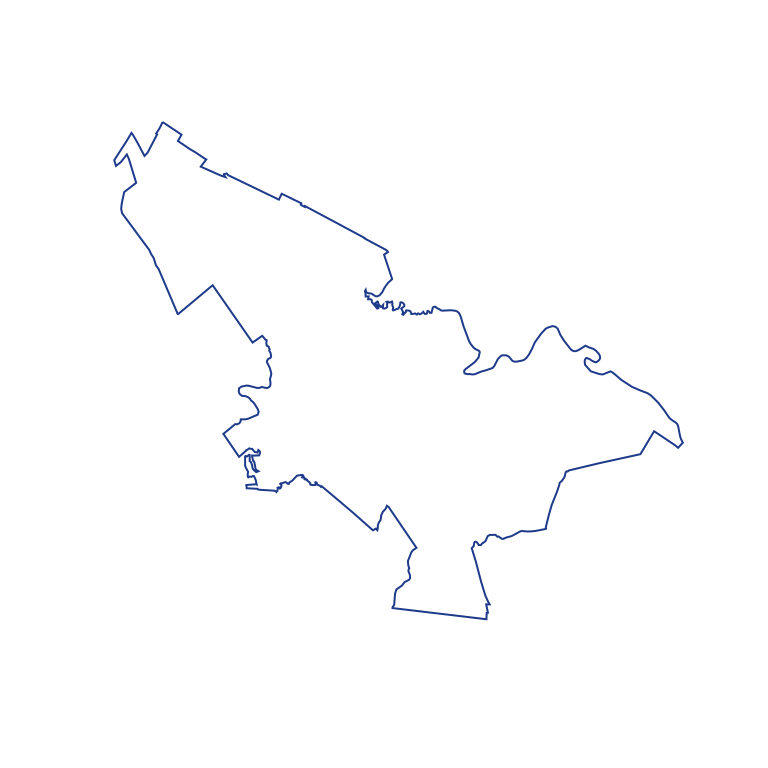 Ghimpati, Giurgiu, Romania, rotated 280°
{"feature_id": "2599482B55466329645382", "entity_name": "Ghimpati", "entity_type": "district", "adm_level": 2, "iso_a3": "ROU", "parent_name": "Romania", "parent_adm1": "Giurgiu", "projection": "natural_earth1", "projection_center": [25.769, 44.173], "detail": "fine", "context": "isolated", "style": "outline", "palette": "blue", "viewbox_px": 768, "rotation_deg": 280, "n_neighbors": 0, "source": "geoboundaries", "source_scale": "gbopen_adm2", "svg_char_len": 6153}
<svg xmlns="http://www.w3.org/2000/svg" viewBox="0 0 768 768"><g transform="rotate(280 384 384)"><path d="M466.6,533.7L460.9,530.0L451.2,525.3L444.5,523.7L438.3,521.7L434.5,519.8L432.6,518.3L431.4,516.7L430.0,513.2L428.9,510.2L428.7,507.9L429.2,506.3L432.3,502.7L433.2,500.8L433.4,499.0L432.8,495.6L432.4,494.8L431.1,493.7L428.3,491.8L420.6,489.4L418.6,488.1L415.4,482.4L413.2,477.7L409.5,471.9L408.7,469.3L408.7,466.6L408.2,464.7L408.3,462.6L408.6,461.5L409.3,461.0L411.2,460.7L412.8,461.7L420.7,469.0L422.6,470.3L426.4,472.5L432.0,472.8L432.8,472.3L433.4,471.1L434.3,467.9L435.6,465.6L438.6,462.3L440.9,460.4L454.3,452.5L463.8,447.8L466.7,445.7L468.1,443.7L468.5,441.6L468.3,437.3L466.3,428.5L466.5,427.0L467.1,426.0L468.1,422.4L468.9,421.6L469.0,420.9L468.5,419.4L467.7,418.8L462.3,418.4L462.1,416.7L463.2,415.8L463.6,414.6L463.3,414.1L460.8,414.0L460.4,413.6L460.2,411.8L461.9,410.1L460.0,408.8L458.9,407.3L459.5,405.3L458.1,404.2L458.9,402.3L458.3,401.2L457.7,398.7L459.5,397.9L460.4,396.9L460.6,395.9L460.4,393.4L460.2,392.9L458.4,393.0L457.5,392.0L455.5,391.0L455.9,389.9L458.2,390.3L461.3,387.9L464.0,390.4L465.4,390.3L466.7,389.2L467.5,387.4L467.4,386.4L467.0,385.9L465.7,386.1L463.3,385.9L460.9,385.1L460.4,384.6L460.3,383.7L458.7,381.6L458.1,380.3L458.1,380.0L458.6,379.7L461.1,379.8L463.0,378.5L465.4,378.2L466.6,377.5L465.3,375.9L465.3,374.8L465.8,373.5L465.3,372.2L464.0,373.3L463.0,373.2L460.4,373.8L459.4,373.1L458.4,371.4L458.3,370.5L458.3,370.0L458.7,369.6L461.7,369.4L459.5,368.0L459.4,367.3L462.0,364.5L463.9,363.7L464.1,363.1L462.0,361.3L458.8,365.1L457.7,365.3L457.1,364.2L462.5,357.9L464.8,357.1L465.1,356.2L464.7,353.6L467.6,353.7L467.0,350.7L470.2,350.1L472.2,349.1L473.5,349.6L471.7,350.2L471.2,350.8L470.7,352.8L470.8,356.1L469.0,360.3L469.1,361.9L470.5,364.2L474.0,366.3L478.6,367.7L484.0,370.2L488.7,373.8L511.4,361.6L514.7,365.0L515.4,364.4L516.4,362.7L523.1,342.3L524.1,339.4L524.5,339.4L545.5,275.3L544.6,275.3L545.7,271.9L546.1,270.9L547.6,271.2L553.6,250.2L547.3,248.5L562.6,194.2L564.0,192.6L562.8,189.9L561.8,190.3L560.2,191.9L560.9,187.3L566.2,165.8L574.3,170.0L575.0,167.9L579.3,158.3L581.5,152.3L587.5,138.9L594.4,141.3L603.2,121.2L602.8,120.3L597.2,118.7L591.0,116.1L590.3,117.2L570.7,111.0L567.0,108.5L579.1,99.1L586.1,93.2L587.4,91.7L578.0,88.1L557.6,79.5L552.2,82.2L556.8,86.3L565.4,90.9L561.3,93.7L539.1,105.0L527.9,94.8L516.2,94.4L511.1,94.7L506.8,96.3L475.2,129.6L471.4,132.2L468.1,135.3L461.3,138.8L458.1,142.1L417.1,168.7L417.3,169.3L451.5,198.1L402.0,247.4L410.3,255.7L407.0,259.6L406.8,260.8L403.3,261.1L401.3,261.9L401.2,262.9L400.6,264.0L400.0,264.1L398.3,265.4L397.0,265.1L394.9,266.9L391.2,268.1L389.9,267.5L388.6,265.6L386.3,264.7L385.2,264.9L380.1,268.7L375.3,271.0L373.7,271.3L368.8,270.9L365.5,272.0L362.5,272.3L361.1,271.5L359.8,269.7L359.6,267.6L359.9,264.3L358.9,262.7L358.2,260.8L358.1,259.7L358.8,250.4L358.5,248.6L356.7,244.1L354.6,242.0L351.2,242.3L349.2,243.5L347.7,246.1L348.0,249.8L347.3,252.7L346.1,254.7L344.6,256.0L343.4,258.3L342.2,259.7L337.5,263.9L334.9,265.4L331.9,265.0L326.3,256.4L325.1,253.6L324.3,249.1L321.9,249.2L320.1,248.2L318.7,246.1L318.7,244.5L307.0,234.5L287.1,253.9L294.3,259.7L295.0,259.9L295.5,260.9L297.2,262.4L297.0,263.3L297.2,265.5L294.6,268.5L294.5,271.2L297.2,271.7L296.3,273.2L295.6,273.6L294.2,273.8L292.0,273.4L290.7,267.5L290.8,266.6L290.0,266.6L286.2,268.2L285.3,268.8L285.2,269.4L284.0,270.1L277.5,272.5L276.3,275.5L275.0,273.4L277.2,270.0L278.3,269.2L281.4,268.1L283.9,266.6L284.8,265.1L290.7,264.1L290.8,263.3L288.8,261.7L289.0,260.2L288.7,259.8L279.5,261.4L277.7,262.4L274.0,265.4L271.1,265.5L268.9,266.1L268.5,266.5L269.4,267.6L269.7,269.7L270.6,270.9L270.7,272.0L266.9,274.5L262.9,276.0L263.1,275.5L260.6,266.0L257.5,266.9L258.8,277.7L258.3,278.1L258.2,279.5L259.9,294.7L259.0,296.8L259.7,296.9L260.1,297.5L262.1,297.6L263.4,297.2L264.1,298.4L263.0,299.6L263.5,300.2L265.8,300.7L266.8,300.4L267.3,299.3L267.7,299.1L268.2,299.5L268.6,300.9L270.3,304.0L269.7,305.7L269.0,306.6L269.2,307.7L270.6,307.9L272.8,310.4L278.6,314.2L280.3,319.1L279.9,320.2L279.1,320.7L278.4,320.5L278.2,319.6L277.9,319.5L277.7,320.1L278.0,321.7L277.4,322.2L276.6,322.2L276.3,322.6L276.4,323.8L276.6,323.9L276.2,324.3L276.3,324.9L275.3,325.5L274.7,327.0L273.6,328.6L272.4,328.8L272.1,329.1L272.1,331.8L272.7,334.1L273.5,334.9L274.8,333.4L275.3,333.5L275.4,334.2L275.2,334.8L273.7,335.3L273.0,336.7L272.8,338.3L271.7,339.8L272.5,340.4L252.8,374.3L238.0,398.5L240.2,401.1L238.9,402.8L240.6,402.9L244.0,402.5L246.8,403.0L249.1,404.1L251.8,404.3L254.1,404.0L258.0,405.1L261.4,407.3L264.6,408.0L263.7,409.9L228.3,444.4L225.5,441.5L223.2,440.2L213.7,438.3L209.3,439.5L206.9,440.9L205.6,440.4L203.8,440.6L200.4,442.7L197.2,443.4L195.5,442.7L192.5,438.7L188.4,436.5L183.9,431.9L179.4,431.3L168.1,432.4L165.9,431.2L164.8,431.3L170.1,525.7L176.4,524.9L176.8,526.1L184.7,522.9L185.3,526.3L187.7,524.3L193.3,520.5L206.1,514.0L225.8,504.9L237.5,498.9L240.1,500.5L242.9,500.4L244.0,500.7L244.6,501.4L244.5,502.4L243.7,503.6L241.9,505.2L242.1,507.3L244.4,508.6L244.9,509.4L247.0,511.3L252.1,512.5L253.7,514.3L254.8,520.0L253.3,522.1L253.7,522.8L253.6,523.6L252.1,526.6L252.1,528.1L254.2,531.4L256.4,536.1L262.8,544.2L263.2,545.6L263.7,551.3L264.7,555.6L265.6,558.8L269.4,568.6L269.8,568.8L271.1,568.2L285.0,569.2L294.1,570.2L307.6,573.0L315.4,574.2L317.1,574.1L319.7,576.1L322.7,577.5L324.4,578.0L328.3,578.2L329.6,578.8L329.7,580.1L330.8,580.9L331.3,581.8L343.8,610.7L359.4,648.7L384.4,658.2L374.2,681.3L372.2,684.7L378.1,688.5L381.4,686.0L383.9,684.7L393.8,680.9L395.5,679.7L396.7,678.0L398.7,673.3L400.2,670.9L406.9,664.3L413.4,657.1L419.1,648.9L420.7,645.2L422.3,636.9L424.3,628.6L429.3,616.9L434.5,608.2L435.8,604.9L431.5,598.0L431.3,597.0L431.2,594.1L432.4,585.5L437.8,578.7L440.9,577.7L442.8,577.7L444.6,578.5L444.8,579.1L444.3,581.9L443.0,584.9L442.1,588.2L442.4,589.3L443.8,590.9L445.6,592.0L446.8,592.3L448.5,592.0L450.7,590.7L453.7,586.8L455.0,583.9L455.6,579.8L456.7,575.7L451.6,570.2L449.7,567.4L449.3,565.2L449.9,563.0L450.5,562.0L457.4,554.3L462.9,549.2L468.5,545.6L470.1,543.1L470.3,539.9L468.1,535.7L466.6,533.7Z" fill="none" stroke="#1e3a8a" stroke-width="2"/></g></svg>